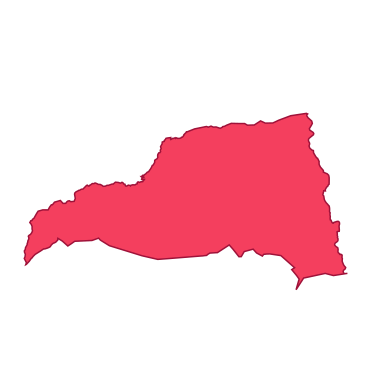 San Pablo Macuiltianguis, Oaxaca, Mexico (Robinson projection), rotated 185°
{"feature_id": "50627088B33728265994200", "entity_name": "San Pablo Macuiltianguis", "entity_type": "district", "adm_level": 2, "iso_a3": "MEX", "parent_name": "Mexico", "parent_adm1": "Oaxaca", "projection": "robinson", "projection_center": [-96.525, 17.517], "detail": "fine", "context": "isolated", "style": "filled", "palette": "rose", "viewbox_px": 384, "rotation_deg": 185, "n_neighbors": 0, "source": "geoboundaries", "source_scale": "gbopen_adm2", "svg_char_len": 5404}
<svg xmlns="http://www.w3.org/2000/svg" viewBox="0 0 384 384"><g transform="rotate(185 192 192)"><path d="M83.6,279.8L84.9,280.3L100.3,276.6L112.0,271.0L114.7,269.4L117.5,267.8L124.9,267.0L129.9,268.8L135.8,264.2L142.6,263.4L145.6,264.8L151.1,264.3L158.9,263.8L163.3,261.6L165.3,260.3L167.1,259.8L167.5,259.1L169.5,257.9L173.7,258.9L176.3,258.5L178.8,259.3L181.5,258.0L183.1,258.5L183.4,258.5L194.9,255.1L202.1,251.5L202.8,251.5L203.1,250.7L203.9,249.8L204.6,249.0L204.9,248.1L205.2,248.1L205.4,247.1L206.3,245.8L207.3,245.6L207.8,244.8L208.9,244.4L211.0,244.1L212.0,244.6L212.9,243.9L213.5,244.6L214.6,243.9L215.2,243.7L215.6,243.9L217.7,242.4L217.9,242.7L217.9,244.4L221.4,243.6L222.6,243.2L223.2,241.9L224.1,240.9L224.1,240.0L226.0,239.2L226.0,237.3L227.3,234.4L226.5,232.5L227.1,231.4L227.2,230.2L226.8,229.4L227.4,228.4L228.5,228.1L229.3,226.5L229.4,225.1L229.1,223.3L229.8,222.0L231.6,220.7L231.9,220.2L231.8,218.2L233.0,215.5L233.9,215.0L234.5,213.1L235.5,211.0L236.3,209.8L236.9,208.5L238.3,207.8L239.7,206.0L241.3,204.8L241.4,204.2L242.0,204.2L242.7,204.3L243.1,203.7L242.9,203.4L243.1,203.0L244.0,202.9L243.7,202.6L242.6,202.3L241.7,202.7L241.4,202.5L242.8,201.7L243.4,200.3L243.0,200.0L240.4,200.5L240.4,200.2L241.6,199.2L241.9,198.1L243.1,197.8L243.9,197.7L245.1,197.0L246.6,197.4L247.4,196.6L247.2,195.5L248.5,194.9L249.4,194.1L251.7,194.0L253.4,193.4L253.8,192.7L254.4,193.1L256.1,193.3L256.7,192.8L257.6,192.2L258.8,192.3L259.5,193.9L260.9,194.1L261.4,195.0L262.2,195.5L263.0,195.4L263.7,194.7L264.2,194.6L266.3,195.1L269.2,195.1L271.2,193.0L272.2,193.0L276.0,191.3L277.2,191.3L278.0,190.8L278.9,190.2L280.0,190.1L281.0,189.9L281.9,190.6L283.9,191.5L285.2,191.5L286.1,191.4L286.8,191.8L288.9,192.5L289.7,192.4L290.4,191.8L292.1,191.7L293.7,190.2L294.3,190.0L294.8,189.2L295.8,188.9L296.7,189.7L297.6,189.4L300.9,185.4L302.5,185.1L304.2,183.9L305.2,183.7L305.9,183.0L307.4,182.2L308.7,180.7L308.8,179.5L307.7,175.4L308.6,172.4L311.9,171.8L313.5,172.6L315.0,172.1L316.0,171.1L316.8,169.7L319.5,169.4L322.4,172.1L328.1,169.9L329.3,168.0L330.0,167.1L331.0,167.0L332.6,164.4L333.8,161.6L339.1,161.2L341.7,160.2L343.6,159.5L344.8,157.3L347.2,152.0L348.5,150.9L349.0,149.6L350.1,149.3L350.9,147.4L349.4,145.9L348.3,143.8L348.1,141.2L347.5,139.4L348.1,137.5L349.2,135.7L350.6,134.6L351.2,133.7L350.5,132.0L350.6,130.7L351.3,128.8L351.2,127.9L351.7,126.3L351.5,125.7L352.0,124.3L353.0,122.1L353.1,120.2L353.9,118.7L353.5,117.1L352.6,115.5L352.7,112.9L353.3,111.2L350.8,107.1L351.3,105.1L350.7,105.5L348.1,108.8L346.3,111.9L345.6,112.4L345.4,112.8L344.9,113.6L344.5,114.2L342.8,116.2L339.5,118.7L337.9,119.9L334.8,122.4L333.6,122.5L331.2,123.5L329.5,124.4L328.4,125.2L327.7,126.7L326.4,128.3L325.5,129.0L325.1,129.1L323.4,130.1L321.5,132.5L321.7,133.3L321.6,134.2L316.9,131.8L311.0,127.4L307.7,130.0L304.5,132.7L287.4,135.0L281.0,137.9L279.1,136.1L269.6,131.3L236.1,124.1L220.2,121.9L210.4,123.5L178.3,128.9L175.7,129.3L174.0,129.7L171.9,130.1L170.9,131.2L168.9,132.7L163.0,133.6L161.4,133.8L150.3,142.5L146.1,138.5L139.6,131.6L137.3,131.9L134.8,137.2L126.1,140.4L122.4,136.9L116.3,134.3L115.2,136.1L112.5,136.7L109.1,137.1L97.9,136.4L83.2,125.5L85.9,123.4L80.5,117.9L77.7,114.6L79.8,103.7L73.3,116.0L52.2,122.5L43.8,121.1L30.1,124.5L31.9,124.1L33.3,124.1L33.8,124.5L34.3,125.3L34.5,126.0L34.4,126.4L34.3,127.0L34.1,127.3L33.7,127.8L33.4,128.0L32.9,128.5L32.7,128.8L32.3,130.1L32.5,130.4L33.2,131.0L33.8,131.6L34.4,132.3L35.0,133.3L35.4,134.1L35.9,135.1L36.3,136.1L36.4,137.1L36.4,138.0L36.4,138.7L36.5,139.1L36.9,139.8L36.9,140.9L36.9,141.7L37.0,142.3L37.5,142.5L38.3,143.0L38.6,143.0L38.8,142.8L39.0,142.6L39.4,142.8L39.6,143.1L40.0,143.6L40.5,144.0L41.0,144.3L41.5,145.6L41.4,147.2L41.8,148.9L42.2,149.4L43.2,149.8L44.5,150.8L44.9,151.2L45.2,151.6L45.3,151.9L45.3,152.2L45.2,152.8L45.0,153.4L44.7,153.8L44.2,154.2L43.5,154.8L43.0,155.3L42.6,155.8L42.4,156.5L42.4,157.3L42.5,158.1L42.7,158.6L43.0,159.0L43.2,159.6L43.0,160.1L43.1,160.5L43.4,161.2L43.6,161.6L43.6,161.9L43.5,162.2L43.7,163.3L43.7,163.6L43.8,164.1L44.1,164.6L44.1,164.8L44.0,165.0L43.6,165.3L42.9,165.5L42.4,165.6L42.1,165.6L41.9,165.7L41.9,166.0L41.9,167.0L42.1,168.1L42.2,169.0L42.3,169.4L42.4,169.8L42.4,170.1L42.5,170.6L42.6,170.9L42.4,171.8L42.4,172.1L42.3,172.5L42.2,173.0L42.3,173.5L42.4,174.2L42.5,174.4L42.6,174.7L42.9,175.0L43.4,175.4L43.8,175.5L44.7,175.4L45.9,175.0L46.7,174.5L47.4,174.4L47.9,174.1L48.1,173.8L48.3,173.8L48.6,173.2L48.8,173.2L49.1,173.4L49.6,173.6L49.9,174.0L50.2,174.4L50.6,175.2L51.2,176.2L51.7,176.2L51.9,176.8L52.1,178.0L52.1,179.6L52.2,180.0L52.4,180.6L52.6,181.6L52.7,182.2L52.5,183.2L53.0,183.8L53.2,184.3L53.3,184.7L53.4,186.9L53.6,188.1L53.9,189.3L54.2,190.1L54.8,190.5L55.7,191.5L57.4,193.0L58.9,194.9L59.6,196.3L60.4,199.5L61.2,200.4L61.4,200.9L61.4,201.2L61.3,201.6L61.2,202.1L61.1,202.4L61.2,202.9L60.9,203.8L60.9,204.7L59.2,204.7L59.5,205.9L58.3,208.6L57.3,209.5L56.8,211.0L56.1,211.7L56.5,217.2L56.7,218.7L57.3,220.6L59.0,222.0L60.5,222.4L62.9,223.3L62.9,224.4L63.2,225.1L66.2,228.0L67.7,230.4L68.0,232.4L68.0,233.5L69.9,236.6L70.8,236.9L72.2,238.6L74.3,241.6L74.7,243.9L76.1,244.2L78.3,245.8L78.8,246.6L79.4,248.1L79.0,249.9L79.1,250.9L80.4,253.0L80.5,254.7L80.1,255.6L78.2,257.5L76.0,259.6L75.8,260.9L76.5,261.9L78.4,263.0L80.1,263.9L80.6,265.4L78.9,268.8L78.1,270.8L78.9,273.1L82.9,276.1L84.2,277.8L84.4,278.9L83.6,279.8Z" fill="#f43f5e" stroke="#9f1239" stroke-width="1.5"/></g></svg>